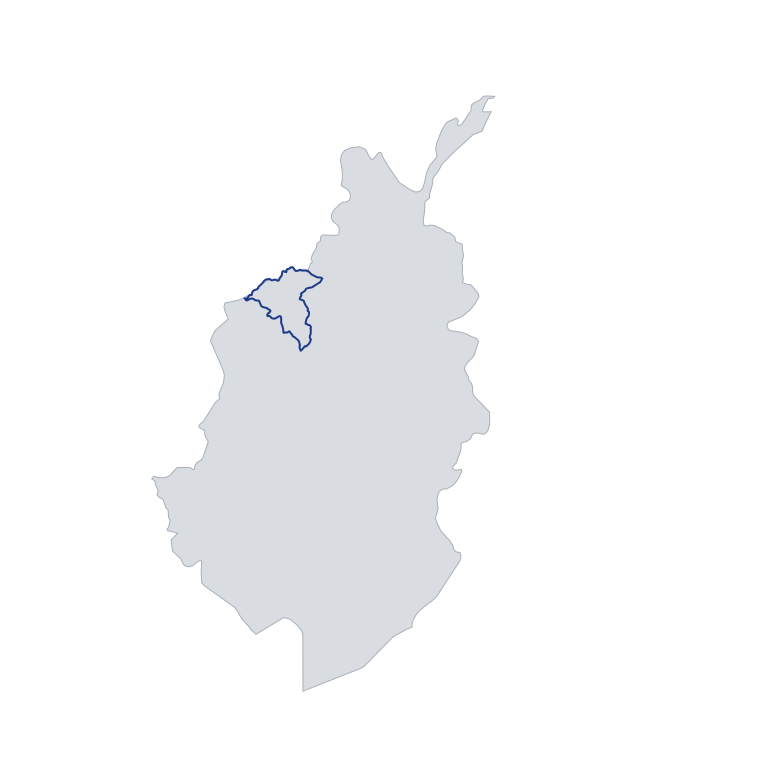 Balkh on a map of Afghanistan (Robinson projection), rotated 320°
{"feature_id": "AFG-1744", "entity_name": "Balkh", "entity_type": "Province", "adm_level": 1, "iso_a3": "AFG", "parent_name": "Afghanistan", "parent_adm1": "", "projection": "robinson", "projection_center": [66.961, 36.526], "detail": "fine", "context": "in_parent", "style": "outline", "palette": "blue", "viewbox_px": 768, "rotation_deg": 320, "n_neighbors": 0, "source": "natural_earth", "source_scale": "10m", "svg_char_len": 7944}
<svg xmlns="http://www.w3.org/2000/svg" viewBox="0 0 768 768"><g transform="rotate(320 384 384)"><path d="M340.5,229.7L353.8,228.5L362.7,230.2L367.4,234.7L372.1,235.8L376.6,233.6L379.4,233.3L380.5,234.7L382.8,235.2L386.2,235.0L388.2,236.3L388.7,238.9L391.2,242.4L395.9,246.5L399.9,247.5L405.3,244.3L407.1,244.7L408.0,243.6L408.5,241.3L411.8,239.1L417.7,237.0L421.1,235.2L422.3,233.6L424.3,233.2L426.5,233.6L428.0,233.1L429.2,231.0L431.3,230.2L433.1,230.6L441.3,238.1L444.5,240.4L445.9,240.0L450.0,235.9L450.5,232.2L449.4,227.3L450.1,223.4L452.7,220.4L457.7,218.5L464.9,217.8L469.4,218.2L471.0,219.8L473.3,220.6L476.1,220.8L478.6,219.1L480.9,215.4L481.0,210.8L478.8,205.4L479.4,203.7L483.0,201.0L486.8,196.9L490.5,191.6L494.0,185.2L498.4,181.3L503.7,179.7L510.1,181.5L517.7,186.5L520.7,192.6L518.9,199.9L518.8,203.9L520.4,204.7L529.0,203.3L530.1,204.3L530.1,206.4L528.9,209.5L527.5,218.1L525.2,239.5L529.0,252.2L531.6,257.3L534.2,258.9L536.7,259.5L539.2,259.0L544.4,255.8L552.2,249.7L559.7,246.0L570.8,243.9L574.4,237.5L579.5,233.2L591.0,226.9L597.4,224.5L601.0,224.0L610.0,226.4L610.5,228.3L609.9,230.4L607.4,232.2L606.7,233.5L607.7,234.5L611.3,234.8L626.7,230.4L630.0,226.6L633.3,226.4L639.9,228.1L644.9,227.5L647.6,229.2L653.7,234.8L651.8,235.1L649.1,234.0L647.5,232.2L641.4,234.6L634.5,238.2L634.7,239.1L641.0,244.3L628.2,249.9L622.5,253.1L621.1,253.2L612.4,250.3L588.1,251.2L569.7,252.9L562.6,255.8L555.9,257.2L552.5,258.7L550.2,261.7L540.2,268.4L538.4,270.8L532.7,270.6L526.9,277.0L518.4,284.7L516.7,288.3L518.0,290.2L522.7,293.0L524.8,295.6L528.1,303.1L529.5,308.3L531.6,310.6L532.7,316.9L530.7,320.4L530.8,322.2L533.7,327.0L533.0,328.4L530.9,330.6L527.6,336.7L521.6,341.2L519.1,345.2L514.9,349.6L513.2,353.3L511.4,355.3L509.5,356.4L510.0,358.4L511.7,360.9L514.4,363.7L514.4,374.9L513.0,378.1L505.3,381.1L498.0,382.5L489.0,382.6L485.6,382.1L473.1,378.0L469.2,380.0L468.4,384.9L475.6,393.0L478.6,397.4L481.9,404.9L484.3,408.8L483.5,412.4L470.7,420.4L462.5,421.2L457.4,422.6L454.9,424.5L453.1,433.0L451.3,436.1L451.4,439.8L449.6,443.9L447.0,446.6L445.2,451.0L446.8,473.4L439.4,482.4L435.3,485.6L431.3,487.1L428.0,486.5L423.8,481.4L420.9,479.5L418.0,479.9L415.1,481.7L410.4,481.1L406.4,479.3L404.3,479.5L403.2,481.3L398.9,485.1L388.4,491.0L384.1,491.4L382.2,492.8L383.0,495.2L384.8,497.2L388.1,498.6L388.3,500.2L382.9,503.2L377.5,505.1L371.2,505.9L364.6,504.7L361.3,502.1L357.3,501.9L353.7,503.8L350.0,506.9L344.8,514.8L337.2,519.7L335.3,524.6L333.0,533.4L333.7,546.3L332.8,552.1L331.1,555.9L331.4,558.9L333.9,562.2L332.9,564.4L330.8,566.9L328.7,568.2L287.3,580.7L280.5,581.0L277.0,580.5L265.2,580.5L260.4,581.4L255.5,583.1L251.9,585.2L249.0,588.3L244.1,586.5L228.7,583.5L186.8,587.5L182.9,586.7L124.5,567.2L161.2,523.3L162.3,519.6L162.5,512.4L160.4,502.8L156.9,498.4L125.0,493.4L124.1,485.9L124.6,482.6L124.1,476.1L124.3,471.2L125.8,463.0L126.0,459.3L116.6,422.8L116.6,419.2L122.7,410.9L130.4,402.7L130.0,401.1L126.2,400.2L120.5,400.2L117.5,398.9L115.1,396.6L114.3,393.3L115.9,387.5L114.6,376.1L120.7,366.5L130.0,365.9L125.4,358.9L124.4,358.1L124.0,356.9L124.6,355.7L126.9,355.3L132.6,350.8L132.9,348.3L137.6,341.7L137.3,338.7L140.4,331.0L138.9,325.8L138.8,323.0L142.1,321.2L144.4,313.9L145.7,312.1L145.9,310.3L145.2,307.3L148.3,306.9L151.1,310.7L155.5,314.6L158.5,315.8L162.1,316.3L170.4,315.1L172.1,315.2L180.5,322.2L182.0,323.9L182.6,326.7L184.0,327.5L187.0,324.8L189.9,323.9L195.4,324.7L198.3,323.7L212.3,315.2L213.4,309.7L214.8,306.5L216.7,304.7L214.5,298.4L215.3,297.1L217.2,296.6L221.7,296.6L242.8,289.7L248.3,289.7L249.6,289.1L249.9,287.2L251.5,285.2L261.5,280.1L267.2,274.9L269.3,271.0L278.9,239.3L284.0,236.5L289.1,234.5L306.4,234.0L309.7,224.2L311.2,221.9L314.3,219.7L327.0,226.6L340.5,229.7Z" fill="#d9dde1" stroke="#a8b0b8" stroke-width="1"/><path d="M389.2,236.8L388.9,239.6L388.9,240.3L389.4,240.9L390.3,241.5L391.2,242.0L392.9,242.4L393.4,242.9L393.8,243.7L394.4,244.6L394.8,245.0L395.7,245.4L396.0,245.7L397.3,247.2L397.5,247.6L397.7,248.0L397.8,248.4L398.2,248.6L398.4,248.6L398.7,250.5L398.8,253.1L398.9,253.5L400.9,258.2L401.9,259.9L402.1,260.2L402.7,260.6L403.5,261.3L404.0,262.0L404.3,262.5L404.5,263.5L401.5,264.7L400.5,264.9L393.0,263.9L391.2,263.7L390.4,263.4L389.9,263.1L389.7,262.9L388.5,262.2L386.4,261.2L385.8,261.1L385.2,261.1L384.7,261.3L383.6,261.7L383.1,261.8L378.8,261.4L378.3,261.6L377.8,262.9L377.4,263.2L375.7,263.7L374.9,264.1L374.6,264.4L374.2,264.7L374.1,264.9L374.1,265.0L374.1,265.3L374.8,266.2L375.8,268.2L375.8,268.5L375.9,269.0L375.0,271.4L374.5,273.6L374.4,275.6L374.1,277.2L374.0,277.5L373.7,277.9L373.1,278.3L372.8,278.7L372.6,278.9L372.6,279.2L372.6,279.3L372.7,279.5L372.8,279.8L372.8,280.1L372.7,280.7L372.5,281.0L372.3,281.3L371.5,282.0L370.9,282.8L370.5,283.1L370.2,283.3L369.7,283.5L367.7,283.8L367.0,284.0L363.5,286.6L362.7,287.4L362.7,287.5L362.8,287.8L363.0,288.0L363.3,288.2L363.3,288.3L363.4,288.5L363.4,289.0L363.6,289.4L363.8,289.8L364.8,291.1L364.9,291.4L364.9,291.8L364.8,292.7L364.7,293.2L364.5,293.6L364.2,293.8L363.6,294.1L363.3,294.3L363.2,294.7L363.1,295.1L362.9,295.4L362.7,295.6L362.2,296.0L361.7,296.6L360.3,298.2L359.5,298.8L358.1,299.5L357.8,299.8L357.5,300.1L356.9,301.2L356.7,301.7L356.6,302.0L356.6,302.4L356.6,302.9L354.8,304.0L354.2,304.3L353.6,304.4L353.3,304.6L353.0,304.8L352.7,304.9L348.6,305.2L348.4,305.2L348.2,305.0L348.0,304.8L347.9,304.4L347.7,304.2L342.2,305.1L341.7,305.0L341.6,304.8L342.4,302.5L342.8,301.8L343.0,301.5L343.3,301.1L343.7,300.8L343.8,300.6L344.4,300.4L344.5,300.3L344.7,300.2L345.0,299.3L346.0,297.2L346.3,296.4L346.3,295.8L346.3,295.0L345.6,290.6L345.5,290.1L344.9,289.3L344.9,288.7L344.9,288.2L345.0,288.0L345.0,287.8L345.1,287.7L345.3,287.3L345.4,287.2L345.4,286.9L345.3,286.5L345.2,286.3L345.2,284.6L345.3,284.3L345.5,283.9L345.5,283.5L345.3,282.9L345.2,282.7L344.6,282.5L343.7,282.5L343.2,282.4L342.9,282.3L341.4,281.0L340.2,280.5L340.1,280.3L340.1,280.1L340.1,279.9L340.2,279.7L340.7,279.1L341.9,277.3L342.1,276.9L342.5,276.3L342.6,276.1L342.8,275.5L343.7,273.7L343.8,273.3L344.0,272.3L344.1,272.1L344.2,271.9L344.8,270.7L345.3,270.1L345.4,269.9L346.3,269.2L346.6,268.8L347.0,268.1L347.1,267.9L347.5,267.5L347.6,267.4L348.1,266.5L348.2,266.3L348.2,266.0L348.2,265.8L348.2,265.7L348.1,265.4L348.0,265.2L347.8,265.1L347.7,264.9L346.6,264.6L342.5,263.8L341.7,263.1L340.8,262.2L340.4,261.6L340.3,260.9L340.1,258.5L339.7,258.0L339.3,257.8L338.6,257.3L338.5,257.0L338.5,256.7L338.8,256.2L339.1,255.9L340.4,255.4L340.6,255.3L340.9,255.4L341.7,255.7L341.9,255.7L342.1,255.7L342.4,255.6L343.0,255.2L343.8,255.1L344.0,255.0L344.1,254.7L344.1,254.3L343.8,253.0L343.6,252.5L343.2,252.0L343.1,251.5L343.1,251.2L343.2,250.9L343.2,250.7L343.0,250.4L342.8,250.0L341.9,249.0L340.9,247.4L340.3,246.5L340.2,245.7L340.3,244.6L340.7,243.3L341.4,241.1L341.5,240.9L341.7,240.5L341.7,240.2L341.4,239.4L339.6,237.6L339.1,236.9L338.9,236.1L338.9,235.7L338.8,235.4L338.7,235.2L338.6,234.9L338.4,234.5L338.2,234.0L337.9,233.7L337.6,233.5L336.3,232.7L335.9,232.6L335.4,232.6L333.1,232.0L332.7,231.8L332.6,231.7L332.3,231.5L332.3,231.3L332.2,231.0L332.2,230.8L332.3,229.4L332.3,229.1L332.6,229.2L333.2,229.8L333.9,230.4L334.9,230.4L337.5,229.6L338.4,229.5L338.7,229.7L339.3,230.5L339.8,230.7L340.1,230.7L340.5,230.4L341.0,229.8L341.7,229.3L342.3,228.9L343.0,228.6L344.0,228.6L344.9,228.7L347.3,229.7L347.8,229.8L348.8,229.8L349.2,229.7L349.9,229.1L350.3,228.9L355.2,228.7L358.6,227.9L360.4,228.0L361.1,228.3L362.6,229.3L363.3,229.5L363.8,229.9L364.4,231.9L364.8,232.6L365.5,233.0L367.2,233.6L367.9,234.3L368.3,235.1L368.6,235.9L369.0,236.6L369.8,236.9L370.6,236.8L372.1,235.9L373.0,235.7L373.9,235.6L374.7,235.4L375.5,235.0L376.2,234.5L377.4,233.3L378.1,232.8L378.9,232.6L379.7,233.0L380.4,234.8L381.1,235.4L381.5,235.2L381.7,234.8L382.0,234.3L382.2,234.1L382.6,234.1L383.3,233.9L383.7,233.8L384.2,234.0L385.0,234.5L385.4,234.7L385.8,234.8L387.2,234.7L387.9,234.9L388.6,235.3L389.0,235.9L389.2,236.8Z" fill="none" stroke="#1e3a8a" stroke-width="2"/></g></svg>